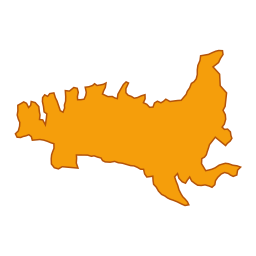 Dona Emma, Santa Catarina, Brazil (Robinson projection)
{"feature_id": "56859067B98019570265908", "entity_name": "Dona Emma", "entity_type": "district", "adm_level": 2, "iso_a3": "BRA", "parent_name": "Brazil", "parent_adm1": "Santa Catarina", "projection": "robinson", "projection_center": [-49.782, -26.987], "detail": "fine", "context": "isolated", "style": "filled", "palette": "amber", "viewbox_px": 256, "rotation_deg": 0, "n_neighbors": 0, "source": "geoboundaries", "source_scale": "gbopen_adm2", "svg_char_len": 2911}
<svg xmlns="http://www.w3.org/2000/svg" viewBox="0 0 256 256"><path d="M218.5,62.6L220.5,58.3L223.0,54.5L222.5,50.7L218.8,50.5L215.8,51.2L212.6,52.5L208.5,54.4L204.5,55.1L200.6,55.8L200.0,60.5L197.9,65.4L197.3,69.7L197.3,74.6L196.2,78.9L194.1,81.7L191.4,83.4L189.7,87.8L187.3,91.3L186.2,94.4L184.2,96.7L181.2,100.3L177.8,100.5L174.5,100.9L170.0,101.5L165.8,99.2L163.4,101.4L160.9,102.8L157.4,101.2L154.5,103.0L153.0,107.1L149.6,107.3L146.8,104.3L143.4,102.7L145.1,98.8L145.0,94.7L141.3,95.8L137.4,97.6L134.2,98.2L131.5,96.5L128.1,95.2L125.9,92.7L125.9,88.6L128.5,83.0L126.1,81.9L123.4,84.5L121.5,87.8L119.9,90.6L117.9,94.2L117.3,98.6L114.7,97.9L112.3,96.5L107.9,96.6L105.3,95.4L102.5,94.0L103.7,90.6L105.3,87.5L106.0,83.0L103.4,84.3L100.1,85.0L97.0,85.5L94.6,83.7L92.5,85.5L88.8,86.8L85.2,87.2L86.3,92.4L85.7,95.6L84.1,99.2L80.7,99.7L77.6,99.7L77.4,96.5L78.3,92.3L77.2,88.3L73.8,87.5L69.4,91.1L65.3,90.6L65.7,96.7L65.6,101.2L64.4,105.0L64.6,108.1L63.0,112.2L60.3,110.7L58.9,106.6L57.0,101.0L55.4,97.8L53.9,92.9L49.8,93.6L47.6,96.4L44.7,94.8L42.6,97.6L42.4,101.5L43.5,106.6L44.1,111.9L46.8,113.8L46.4,118.0L45.4,124.8L42.7,119.9L39.5,119.5L40.0,115.0L39.3,111.3L38.8,106.6L35.2,102.6L31.2,101.5L30.7,105.3L28.6,107.5L26.5,103.3L23.7,101.9L21.0,103.5L17.8,105.3L17.9,110.8L17.2,115.0L18.3,119.0L19.8,122.4L19.6,126.2L18.3,130.9L15.4,133.8L17.1,137.2L20.6,137.5L23.1,136.5L25.8,135.9L28.9,134.7L31.3,136.6L32.3,140.2L35.7,139.9L39.8,139.5L43.7,140.1L47.4,141.3L51.0,142.8L53.9,143.7L54.0,148.3L52.6,151.8L51.6,154.8L51.2,158.8L51.4,164.0L54.3,167.7L58.4,168.9L62.2,166.7L78.0,168.1L76.3,163.1L76.6,158.2L76.4,155.0L87.6,155.1L91.4,156.3L94.0,155.8L97.6,157.1L101.0,158.0L102.6,160.6L105.2,161.9L110.2,162.2L114.7,161.4L118.2,162.7L122.4,163.2L126.4,164.4L130.6,165.6L134.1,165.9L137.7,167.5L140.5,169.2L143.6,169.3L144.6,173.8L146.8,177.0L150.1,176.6L152.8,176.2L153.1,180.9L153.6,184.3L156.3,187.2L158.5,191.1L161.6,194.4L164.9,196.0L167.5,197.9L170.1,199.2L173.2,200.2L177.2,201.8L181.8,204.1L185.0,205.5L188.8,204.8L187.4,201.8L185.1,199.1L182.7,196.7L181.1,194.1L179.0,189.9L177.6,185.0L176.1,181.4L174.6,176.8L177.5,173.6L179.0,178.4L182.2,181.8L185.5,183.2L187.3,180.2L189.7,177.0L191.6,180.9L194.7,183.3L197.6,185.2L201.1,185.5L205.1,184.9L209.0,186.0L212.0,187.3L214.8,184.7L215.5,180.7L217.8,177.3L221.3,173.9L224.6,172.5L228.3,173.5L230.5,175.1L233.2,176.4L236.8,175.0L237.6,170.1L240.6,167.1L237.0,165.8L232.7,165.2L228.5,163.7L225.4,163.3L222.7,164.0L219.2,165.1L215.2,167.8L211.7,169.3L208.5,170.1L205.7,170.7L203.8,167.5L201.5,163.7L201.8,158.6L204.5,157.1L206.3,154.8L207.2,151.7L208.4,148.2L209.5,144.6L215.3,137.2L225.6,145.6L227.3,143.4L230.2,141.0L231.9,138.3L230.9,135.5L230.4,131.9L227.6,129.1L224.4,129.4L222.1,127.1L224.3,124.1L225.7,119.2L225.3,114.7L223.0,110.3L225.1,106.3L226.6,92.9L220.2,85.7L219.6,74.2L213.0,66.9L218.5,62.6Z" fill="#f59e0b" stroke="#b45309" stroke-width="1.5"/></svg>